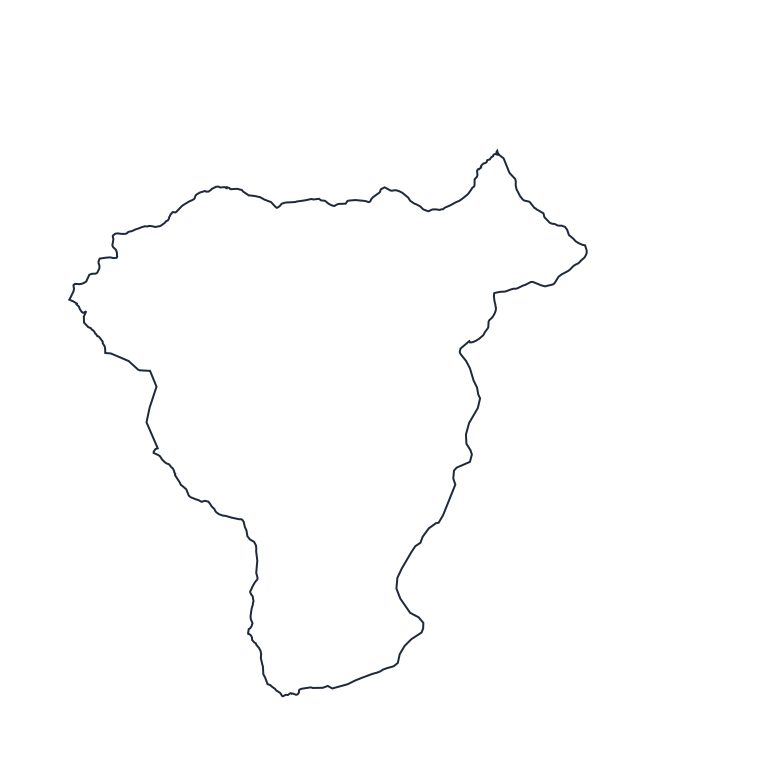 Botiza, Maramures, Romania (orthographic projection), rotated 243°
{"feature_id": "2599482B81010810269587", "entity_name": "Botiza", "entity_type": "district", "adm_level": 2, "iso_a3": "ROU", "parent_name": "Romania", "parent_adm1": "Maramures", "projection": "orthographic", "projection_center": [24.135, 47.644], "detail": "fine", "context": "isolated", "style": "outline", "palette": "slate", "viewbox_px": 768, "rotation_deg": 243, "n_neighbors": 0, "source": "geoboundaries", "source_scale": "gbopen_adm2", "svg_char_len": 6166}
<svg xmlns="http://www.w3.org/2000/svg" viewBox="0 0 768 768"><g transform="rotate(243 384 384)"><path d="M540.3,590.7L539.5,589.4L537.1,588.9L538.4,587.5L538.6,586.5L538.5,586.0L538.2,585.1L537.4,584.5L537.4,582.7L536.1,580.2L536.1,579.6L536.6,577.8L536.2,577.2L535.1,576.2L534.9,574.6L535.3,572.7L534.8,570.8L534.0,569.2L532.8,568.9L532.7,568.6L532.7,568.0L532.2,566.3L532.7,565.8L532.6,565.0L531.7,563.7L527.5,562.0L526.4,560.8L525.7,558.8L525.1,557.6L520.0,554.9L519.1,553.9L518.7,551.7L517.8,550.3L515.5,546.0L514.8,544.0L513.4,537.1L513.0,533.8L513.3,530.9L513.1,523.9L513.5,518.2L512.9,516.0L513.6,514.4L513.8,512.7L516.1,509.4L517.1,507.3L517.5,506.5L517.7,504.3L517.6,502.6L517.8,501.9L521.1,498.8L522.1,498.1L525.8,496.9L528.8,494.8L531.3,492.7L535.4,490.5L539.1,490.2L546.1,487.1L548.6,485.3L551.1,482.8L552.0,480.8L552.6,478.8L553.6,477.5L558.9,473.9L558.9,469.8L558.3,468.8L557.1,467.8L556.6,466.7L555.5,459.2L554.4,456.4L553.1,454.9L552.9,453.8L553.1,452.7L555.0,451.0L556.1,449.6L560.9,442.0L563.5,435.6L563.6,434.4L562.1,431.7L565.2,424.9L565.3,422.6L565.1,420.8L565.8,419.6L567.1,418.4L569.5,416.6L574.0,414.6L576.3,411.2L578.5,410.2L580.4,405.0L581.8,403.3L583.7,396.4L586.3,388.8L586.4,387.7L588.2,383.4L589.7,380.3L590.5,378.1L591.1,374.7L589.9,372.0L589.6,370.3L589.6,368.5L591.1,367.7L597.3,366.0L602.3,361.4L606.7,358.4L610.1,354.3L613.0,350.0L613.3,349.2L619.3,345.9L621.6,345.3L622.9,343.6L623.8,342.8L624.9,341.1L627.1,336.0L627.5,335.5L628.9,335.2L630.7,333.2L629.9,332.7L630.1,332.3L631.2,332.0L631.9,331.1L633.4,327.4L635.0,326.1L636.0,323.9L636.0,319.0L635.6,318.2L635.1,315.1L636.1,312.9L637.2,312.2L638.2,306.8L637.9,302.8L637.3,301.4L635.5,299.7L635.0,298.4L634.9,296.5L635.1,293.3L634.6,286.4L634.2,284.4L631.6,276.8L631.6,275.9L633.0,274.0L633.1,273.5L632.2,271.7L631.9,270.6L630.9,269.6L630.3,268.5L628.6,267.0L627.9,265.7L628.0,263.8L627.1,261.7L626.3,256.5L627.8,251.3L629.1,250.0L630.7,247.8L631.5,246.4L631.8,244.6L633.1,242.6L633.8,238.8L634.0,235.9L634.5,233.4L634.7,228.7L635.5,225.7L635.4,224.2L635.0,223.8L635.1,221.9L637.1,218.0L639.0,215.3L639.7,213.5L639.9,212.4L639.3,209.9L638.8,209.4L635.8,208.6L630.9,204.9L628.7,204.8L625.9,205.9L624.1,206.0L621.9,205.5L619.5,204.3L618.9,204.3L617.9,203.3L617.9,202.9L619.0,200.0L620.5,198.4L621.5,196.8L623.1,192.7L624.8,187.6L622.6,185.1L620.8,184.4L619.4,184.4L616.8,183.3L616.1,182.7L613.3,179.0L613.2,178.2L613.3,177.0L614.9,173.5L615.1,171.0L610.5,165.2L610.3,163.3L610.5,159.9L611.4,157.5L612.3,156.4L613.5,154.0L613.2,152.4L612.2,151.8L609.9,151.2L607.7,149.6L603.5,144.1L602.0,141.9L598.6,144.7L595.0,146.9L594.5,146.2L591.4,147.3L589.0,147.0L586.0,147.3L584.4,147.9L583.9,148.5L583.9,151.0L583.5,151.1L580.4,147.2L574.9,144.6L569.0,146.3L566.9,148.1L565.0,148.4L564.0,149.1L561.7,149.7L560.2,149.5L559.2,150.1L556.7,150.3L556.2,151.1L555.5,151.5L549.4,152.6L548.1,151.9L544.0,152.2L540.8,151.0L538.2,149.7L535.2,154.5L520.4,166.9L508.5,171.4L507.2,172.4L501.9,181.5L484.9,180.1L469.3,164.4L457.7,155.0L429.4,153.2L429.8,151.0L428.4,148.2L427.2,147.4L423.2,150.6L421.3,151.6L417.5,152.0L413.8,153.2L411.8,154.3L410.1,156.0L406.2,156.8L404.9,157.5L401.6,157.5L400.5,157.0L398.6,157.2L397.8,156.4L389.3,157.3L386.3,157.2L385.1,157.9L380.0,160.0L373.2,159.4L370.9,160.3L366.7,164.0L365.0,165.8L361.8,168.0L361.3,171.3L358.9,174.1L355.7,174.7L353.4,174.8L349.6,176.1L347.6,176.0L345.7,176.4L342.7,178.0L340.0,180.6L338.4,183.0L334.0,187.7L329.3,193.5L328.2,195.5L327.3,196.1L325.0,196.4L319.7,195.1L316.1,195.0L310.4,193.2L306.5,193.9L302.3,196.6L298.2,196.6L295.6,195.6L292.9,194.1L284.1,190.9L273.7,184.4L268.6,183.3L267.2,182.3L266.7,180.6L265.5,178.3L263.0,174.5L261.2,172.5L260.0,170.6L259.0,170.2L256.7,170.1L254.5,170.6L249.6,169.1L248.5,167.9L247.1,167.1L244.1,164.2L237.9,159.8L235.2,158.6L230.5,158.2L228.2,155.9L227.1,153.8L227.0,152.2L224.0,150.0L222.9,149.6L222.3,150.5L220.2,151.3L218.1,151.3L215.8,150.3L212.6,151.1L211.3,152.0L209.2,151.9L205.5,152.8L202.2,152.8L199.5,152.1L195.6,149.8L189.3,148.2L187.4,147.9L180.1,144.7L176.3,144.8L169.4,144.0L167.3,146.0L165.3,146.7L161.8,148.5L159.8,148.9L155.7,151.3L152.3,151.6L151.6,152.2L151.7,155.2L151.3,156.1L150.5,157.1L150.9,159.7L150.8,160.6L149.9,161.1L149.9,161.6L149.5,162.3L147.1,164.5L146.7,165.5L146.9,166.6L147.4,167.7L147.9,168.3L149.3,168.9L150.0,169.9L150.0,171.5L149.6,173.1L147.1,180.6L146.4,181.7L145.5,182.5L141.1,191.6L140.5,196.8L136.2,199.7L133.0,215.3L132.9,223.7L132.3,230.6L131.0,242.0L130.0,246.6L129.6,250.5L130.0,252.7L129.9,254.4L129.5,257.4L128.1,264.5L129.2,269.7L136.0,275.2L141.2,283.3L144.2,292.5L145.5,304.6L148.4,307.9L153.3,310.6L160.3,309.0L168.3,303.4L185.3,301.1L196.1,302.2L205.2,307.9L211.6,316.2L221.8,332.1L225.3,338.3L226.0,344.4L230.4,349.2L235.0,358.3L236.4,366.9L235.6,369.7L240.3,377.1L262.0,401.9L268.3,402.8L275.0,407.0L276.5,410.7L275.6,425.2L281.3,430.3L285.7,431.0L293.3,430.3L301.8,434.1L310.6,442.1L320.0,456.7L327.6,463.1L331.7,463.2L338.7,465.3L346.4,465.4L359.1,467.7L367.2,467.6L375.9,465.8L378.1,466.0L380.8,468.2L383.5,479.5L382.0,479.5L381.4,480.8L381.0,482.2L380.8,485.7L381.1,489.3L382.4,494.6L384.5,497.6L386.4,501.5L387.1,502.6L392.2,505.6L393.0,506.7L394.0,510.2L395.0,512.2L396.3,514.2L398.6,516.8L401.1,518.4L402.2,518.5L403.6,519.1L407.5,520.0L411.9,521.6L414.8,523.3L414.8,524.3L413.4,529.3L411.3,534.1L410.6,540.3L410.1,542.6L409.0,544.8L408.7,546.3L408.6,552.1L408.2,554.9L408.2,561.2L407.7,562.4L406.7,563.6L400.6,568.8L397.9,571.8L396.0,579.8L396.2,581.2L397.5,583.6L400.3,588.1L401.0,592.0L401.1,599.0L401.4,601.3L403.1,606.2L403.4,608.7L403.3,611.1L403.5,612.9L404.6,615.7L405.7,620.1L406.9,622.0L408.5,623.9L410.9,625.2L416.3,626.1L418.2,623.7L421.7,621.0L424.3,619.5L427.4,618.7L432.8,616.4L438.3,617.2L441.8,616.6L444.5,614.1L445.3,612.3L446.4,610.7L449.1,608.7L450.6,606.4L452.6,604.8L459.3,602.8L460.2,602.7L463.3,603.5L464.1,603.3L470.4,599.2L471.6,598.8L472.5,598.0L479.8,596.5L480.8,595.9L483.3,592.8L484.3,591.9L485.7,591.3L489.8,590.5L497.4,590.5L501.2,591.5L504.6,593.4L507.1,594.0L514.5,591.8L516.0,591.7L530.4,593.0L531.5,592.7L535.6,590.7L538.2,590.3L540.3,590.7Z" fill="none" stroke="#1e293b" stroke-width="2"/></g></svg>